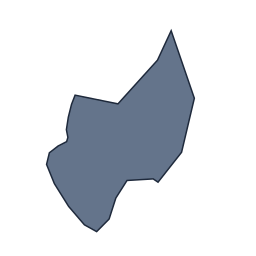 the Territory of Jervis Bay Territory, rotated 137°
{"feature_id": "AUS-1932", "entity_name": "Jervis Bay Territory", "entity_type": "Territory", "adm_level": 1, "iso_a3": "AUS", "parent_name": "Australia", "parent_adm1": "", "projection": "mercator", "projection_center": [150.718, -35.16], "detail": "fine", "context": "isolated", "style": "filled", "palette": "slate", "viewbox_px": 256, "rotation_deg": 137, "n_neighbors": 0, "source": "natural_earth", "source_scale": "10m", "svg_char_len": 447}
<svg xmlns="http://www.w3.org/2000/svg" viewBox="0 0 256 256"><g transform="rotate(137 128 128)"><path d="M143.0,67.9L144.3,73.6L164.5,90.3L184.6,85.1L203.9,74.3L221.6,73.6L225.9,86.9L224.9,111.1L219.8,137.5L212.4,156.9L202.4,163.5L191.3,162.5L182.2,159.9L178.4,162.1L174.2,168.8L164.3,176.6L153.2,183.8L144.3,188.1L118.9,152.5L60.2,157.5L30.1,169.7L59.2,104.5L105.4,73.7L143.0,67.9Z" fill="#64748b" stroke="#1e293b" stroke-width="1.5"/></g></svg>